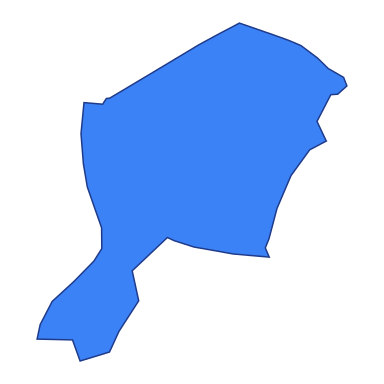 outline of Mangalmé, Guéra, Chad
{"feature_id": "50815135B54463089232866", "entity_name": "Mangalmé", "entity_type": "district", "adm_level": 2, "iso_a3": "TCD", "parent_name": "Chad", "parent_adm1": "Guéra", "projection": "albers", "projection_center": [19.561, 12.316], "detail": "fine", "context": "isolated", "style": "filled", "palette": "blue", "viewbox_px": 384, "rotation_deg": 0, "n_neighbors": 0, "source": "geoboundaries", "source_scale": "gbopen_adm2", "svg_char_len": 725}
<svg xmlns="http://www.w3.org/2000/svg" viewBox="0 0 384 384"><path d="M84.0,102.6L81.0,133.7L83.4,164.0L87.3,186.9L93.8,205.6L101.6,227.8L101.8,248.6L93.9,261.1L74.0,281.4L52.2,301.4L40.2,324.5L37.1,339.1L72.5,339.9L80.1,361.0L109.5,352.0L119.0,331.3L138.7,300.8L132.2,270.8L167.4,237.5L174.5,240.8L193.9,247.0L233.4,254.0L269.2,257.1L265.3,247.9L269.0,238.7L277.0,208.4L291.0,175.6L309.7,149.8L326.3,141.0L326.2,140.9L317.0,121.4L330.8,94.7L337.7,94.2L346.9,85.9L343.6,77.4L328.2,68.5L317.6,58.1L301.0,45.6L289.0,40.5L269.9,33.6L265.1,32.0L239.4,23.1L217.6,34.6L198.8,44.8L143.3,78.1L109.6,98.2L108.1,98.3L106.4,98.5L104.5,101.3L102.7,104.2L84.1,102.6L84.0,102.6Z" fill="#3b82f6" stroke="#1e3a8a" stroke-width="1.5"/></svg>